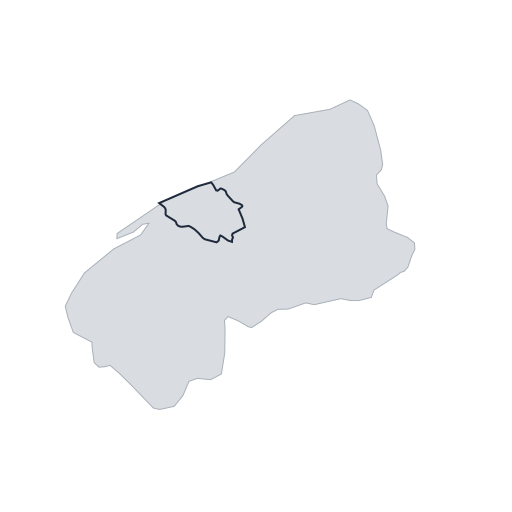 location of La Paz within El Salvador, rotated 125°
{"feature_id": "SLV-1347", "entity_name": "La Paz", "entity_type": "Department", "adm_level": 1, "iso_a3": "SLV", "parent_name": "El Salvador", "parent_adm1": "", "projection": "equal_earth", "projection_center": [-88.936, 13.47], "detail": "coarse", "context": "in_parent", "style": "outline", "palette": "slate", "viewbox_px": 512, "rotation_deg": 125, "n_neighbors": 0, "source": "natural_earth", "source_scale": "10m", "svg_char_len": 1710}
<svg xmlns="http://www.w3.org/2000/svg" viewBox="0 0 512 512"><g transform="rotate(125 256 256)"><path d="M186.7,128.3L190.6,129.3L216.2,139.8L223.8,137.8L233.5,146.2L238.2,152.9L242.3,162.0L262.5,180.4L265.9,188.4L281.0,199.2L287.1,207.5L293.6,210.9L306.2,214.1L317.1,218.5L318.3,221.5L319.4,233.8L321.7,244.2L326.8,244.9L333.1,239.8L353.3,226.0L372.5,216.7L383.4,222.3L389.8,233.8L397.1,239.0L412.3,235.8L426.1,236.8L437.0,246.9L439.4,252.8L432.9,286.4L430.5,300.8L429.3,312.9L433.2,316.1L437.1,320.8L436.2,327.4L424.4,338.2L420.7,341.0L423.4,361.8L414.6,374.3L406.6,383.4L392.3,385.8L368.2,386.8L331.8,376.6L305.0,362.6L290.6,362.5L295.1,367.1L306.6,370.1L321.6,379.9L317.3,382.7L262.7,362.1L199.6,321.9L161.9,315.5L118.8,304.9L93.3,279.5L74.2,268.5L72.6,258.9L72.8,248.2L81.5,233.9L97.7,214.7L108.4,204.7L113.5,202.8L120.6,203.8L127.4,198.2L133.2,185.0L139.4,176.4L154.9,167.8L158.4,164.4L157.2,156.9L153.9,142.5L154.4,133.7L159.5,129.6L165.5,128.8L178.1,125.2L183.6,125.9L186.7,128.3Z" fill="#d9dde1" stroke="#a8b0b8" stroke-width="1"/><path d="M268.2,365.7L232.3,343.8L221.4,335.0L222.3,331.9L225.1,326.2L224.5,324.9L221.1,323.8L220.6,322.9L220.1,319.6L220.4,317.8L222.0,315.8L222.8,313.6L224.4,306.3L224.5,304.8L222.6,299.4L222.4,296.7L222.9,295.8L223.9,295.7L227.7,297.0L233.1,288.5L238.7,281.6L251.0,288.0L252.8,287.5L254.0,285.5L256.3,285.0L258.2,283.8L259.4,287.8L259.3,294.7L259.7,297.0L261.2,296.9L264.8,295.4L267.4,296.1L271.6,307.4L271.7,309.9L270.1,316.3L269.4,321.9L269.6,326.4L270.0,328.4L274.4,333.2L275.4,335.0L275.9,336.9L275.5,339.2L274.1,341.0L273.7,342.6L274.3,352.8L273.6,354.1L270.0,356.4L269.0,357.8L268.5,359.5L268.2,365.7Z" fill="none" stroke="#1e293b" stroke-width="2"/></g></svg>